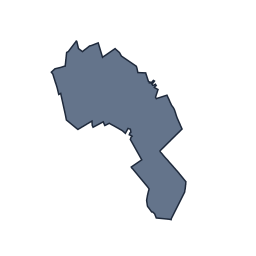 outline of Oquitoa, Sonora, Mexico, rotated 151°
{"feature_id": "50627088B42568176032949", "entity_name": "Oquitoa", "entity_type": "district", "adm_level": 2, "iso_a3": "MEX", "parent_name": "Mexico", "parent_adm1": "Sonora", "projection": "albers", "projection_center": [-111.661, 30.793], "detail": "fine", "context": "isolated", "style": "filled", "palette": "slate", "viewbox_px": 256, "rotation_deg": 151, "n_neighbors": 0, "source": "geoboundaries", "source_scale": "gbopen_adm2", "svg_char_len": 5455}
<svg xmlns="http://www.w3.org/2000/svg" viewBox="0 0 256 256"><g transform="rotate(151 128 128)"><path d="M178.0,164.9L172.9,151.9L172.5,151.0L171.4,151.1L170.4,151.1L169.7,151.1L169.1,151.1L168.6,151.2L168.1,151.2L167.8,151.2L167.1,151.2L166.7,151.2L165.8,151.2L165.1,151.3L164.6,151.3L164.1,151.3L163.5,151.3L162.9,151.3L162.2,151.4L161.2,151.4L160.1,151.4L158.4,151.5L156.2,151.5L157.1,149.6L157.3,149.1L158.0,147.7L158.2,145.6L146.7,145.4L146.9,143.4L146.9,142.9L147.0,142.3L147.1,142.0L147.1,141.7L147.1,141.4L145.4,141.3L142.1,141.2L141.8,140.7L141.3,139.9L141.1,139.5L140.4,138.4L140.0,137.8L139.1,136.4L138.5,135.4L138.0,134.6L137.4,133.6L136.8,132.7L135.9,131.1L135.1,129.9L134.2,128.3L133.1,125.2L132.9,124.6L128.2,127.6L127.7,127.1L127.4,126.7L126.9,126.2L126.5,125.8L127.5,122.9L128.6,122.8L130.2,121.5L128.5,119.3L128.7,119.0L128.6,118.8L129.3,118.7L129.9,118.3L130.3,118.0L131.0,117.3L131.5,116.9L131.4,93.5L144.1,92.3L144.1,92.0L144.1,91.8L144.1,91.4L144.0,90.9L143.9,90.5L143.8,90.4L143.8,90.2L143.6,89.6L143.5,89.1L143.5,88.7L143.4,88.3L143.3,87.8L143.2,87.3L143.1,86.7L142.8,85.2L142.7,84.6L142.6,84.1L142.5,83.6L142.4,83.0L142.3,82.4L142.2,81.9L142.1,81.3L142.0,80.9L141.9,80.3L141.8,79.8L141.7,79.7L141.7,79.4L141.7,79.1L141.5,78.4L141.4,77.5L141.3,77.0L141.2,76.7L141.1,76.1L141.0,75.8L141.0,75.5L140.9,75.2L140.9,74.9L140.8,74.5L140.8,74.4L140.7,74.0L140.6,73.7L140.6,73.4L140.5,73.0L140.4,72.6L140.4,72.3L140.3,72.1L140.3,71.7L140.2,71.5L140.2,71.3L140.1,71.0L140.1,70.6L140.0,70.3L140.0,70.2L139.9,69.9L139.8,69.4L139.8,69.0L139.7,68.9L139.7,68.6L139.6,68.2L139.5,67.8L139.5,67.5L139.4,67.2L139.4,66.9L139.3,66.4L139.1,64.5L139.2,64.3L139.4,64.2L139.6,64.0L139.7,63.8L140.0,63.5L140.2,63.3L140.4,63.1L140.7,62.9L141.0,62.5L141.2,62.3L141.6,61.9L141.9,61.5L142.3,61.1L142.6,60.8L142.7,60.6L142.8,60.5L142.9,60.4L143.0,60.3L143.1,60.2L143.4,59.9L143.6,59.7L143.9,59.3L144.0,59.2L144.2,58.9L144.3,58.8L144.8,58.2L146.8,55.7L148.6,51.0L148.9,49.9L148.5,47.2L148.0,43.1L147.1,42.5L146.3,40.1L146.9,35.6L136.3,28.3L134.7,26.9L134.0,27.8L121.5,36.3L109.5,44.5L108.2,46.3L107.4,47.1L106.9,47.9L106.1,49.0L105.6,49.8L105.2,50.3L104.9,50.6L104.8,50.8L104.7,51.0L104.3,51.6L104.1,51.9L103.9,52.3L103.4,52.9L103.6,54.0L103.8,55.0L104.1,56.6L104.3,57.9L104.5,59.0L104.7,59.9L104.8,60.6L105.0,61.7L105.2,62.4L105.3,63.4L105.4,64.1L105.6,64.9L105.8,66.1L106.3,68.1L106.5,69.1L106.6,69.8L106.8,70.4L106.9,70.9L107.1,71.8L107.3,73.0L107.5,73.6L107.8,75.3L108.0,75.9L108.1,76.4L108.3,77.2L108.5,78.1L108.6,78.6L108.7,79.3L108.9,80.4L109.1,81.2L109.2,81.7L109.4,82.3L109.6,83.2L109.7,83.5L110.0,84.9L110.4,86.9L110.5,87.5L110.6,87.9L110.6,88.3L110.7,88.7L110.8,89.2L111.0,90.0L111.1,90.4L111.3,91.1L111.3,91.5L111.2,92.4L110.5,92.7L109.9,92.8L109.4,93.0L109.0,93.1L108.7,93.2L107.9,93.4L107.2,93.6L106.4,93.8L105.7,94.0L104.7,94.3L104.0,94.5L103.6,94.6L103.2,94.7L102.9,94.8L102.7,94.9L102.4,95.0L102.0,95.1L101.8,95.1L101.2,95.3L100.8,95.4L100.1,95.6L99.5,95.8L98.6,96.0L97.8,96.2L96.9,96.5L96.4,96.7L95.8,96.8L95.2,97.0L94.7,97.1L94.3,97.3L93.7,97.4L93.4,97.5L93.2,97.5L92.6,97.7L91.9,97.9L90.8,98.2L90.6,98.3L90.4,98.3L89.5,98.6L88.8,98.8L88.4,98.9L88.2,98.9L87.9,99.0L87.3,99.2L87.0,99.3L86.4,99.4L85.9,99.6L85.7,99.6L85.2,99.7L85.1,99.8L84.8,99.9L84.7,99.9L83.9,100.1L83.5,100.3L83.3,100.3L83.0,100.4L82.7,100.5L82.3,100.6L81.8,100.7L81.2,100.9L81.2,101.4L81.0,103.1L81.0,104.0L80.9,104.8L80.8,105.5L80.7,106.3L80.7,106.8L80.6,107.5L80.6,108.0L80.5,109.0L80.4,109.8L80.2,112.4L80.1,113.1L80.0,113.8L79.9,114.5L79.4,117.0L79.1,118.4L79.0,118.7L79.0,119.1L78.8,120.0L78.7,120.5L78.6,121.1L78.5,122.0L78.5,122.9L78.5,124.1L78.6,124.6L78.7,125.2L78.8,125.9L78.8,126.4L78.9,127.1L78.8,127.7L78.7,129.4L78.7,130.0L78.5,131.7L78.3,133.4L78.3,134.4L78.2,135.5L78.2,136.0L78.0,137.6L78.0,137.8L87.6,139.7L89.0,139.9L89.0,141.6L83.1,147.1L84.5,149.3L85.3,150.7L84.6,151.1L84.2,151.2L83.6,151.5L82.8,151.4L82.8,153.0L85.2,153.0L85.5,153.2L85.7,153.4L85.7,153.6L85.8,155.0L84.4,155.2L82.1,156.2L82.7,157.3L85.9,156.3L87.2,157.0L86.5,157.5L87.6,158.6L87.5,159.2L87.3,159.9L87.2,160.7L86.8,162.7L86.5,164.3L86.0,166.9L85.8,167.6L92.5,171.7L91.2,175.9L90.8,178.0L98.9,194.1L98.9,198.1L99.7,200.4L100.5,202.6L100.8,203.7L112.8,202.5L115.6,202.3L116.0,202.2L112.8,216.9L120.1,217.9L120.5,218.0L121.3,218.2L121.9,218.4L122.7,218.2L123.1,218.2L123.5,218.1L124.4,217.9L125.3,217.8L127.0,217.5L127.5,217.5L128.6,217.3L129.7,217.1L130.8,216.9L131.0,217.4L131.3,218.0L131.6,218.6L131.6,218.8L131.8,219.2L132.0,219.6L132.2,220.0L132.5,220.8L132.6,221.1L132.8,221.5L132.6,222.3L132.3,223.2L132.1,224.0L130.8,228.6L131.1,229.1L131.4,228.9L131.9,228.7L132.8,228.3L133.8,227.9L137.4,226.3L138.9,225.7L139.4,225.4L140.4,225.0L141.3,224.6L142.2,224.2L143.1,223.8L144.1,223.8L145.0,223.8L145.3,223.5L146.1,222.3L146.5,221.8L146.9,221.2L147.1,220.9L147.3,220.5L147.5,220.3L147.7,220.0L148.1,219.5L148.3,219.1L148.6,218.7L149.1,218.1L149.5,217.5L149.8,217.0L150.2,216.5L150.4,216.2L150.7,215.8L150.9,215.4L151.0,215.2L151.3,214.9L151.4,214.7L151.7,214.4L151.9,214.0L152.1,213.8L152.4,213.3L152.7,212.9L152.9,212.6L153.2,212.8L153.6,212.9L154.0,212.9L154.3,213.0L154.7,213.1L155.4,213.2L156.1,213.3L156.7,213.5L156.8,213.5L157.0,213.5L157.4,213.6L163.2,215.2L168.0,214.0L167.6,211.6L169.5,202.5L169.4,202.4L169.5,202.2L170.0,199.7L170.2,198.8L170.5,197.4L172.3,190.9L170.1,190.9L172.2,183.9L176.3,170.1L178.0,164.9Z" fill="#64748b" stroke="#1e293b" stroke-width="1.5"/></g></svg>